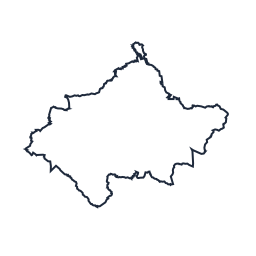 the district of Tala, Jalisco, Mexico, rotated 107°
{"feature_id": "50627088B29347766451470", "entity_name": "Tala", "entity_type": "district", "adm_level": 2, "iso_a3": "MEX", "parent_name": "Mexico", "parent_adm1": "Jalisco", "projection": "equal_earth", "projection_center": [-103.69, 20.61], "detail": "fine", "context": "isolated", "style": "outline", "palette": "slate", "viewbox_px": 256, "rotation_deg": 107, "n_neighbors": 0, "source": "geoboundaries", "source_scale": "gbopen_adm2", "svg_char_len": 5816}
<svg xmlns="http://www.w3.org/2000/svg" viewBox="0 0 256 256"><g transform="rotate(107 128 128)"><path d="M178.7,219.1L179.9,217.4L179.8,216.6L180.6,214.7L182.2,212.3L181.7,211.8L179.3,211.5L180.2,208.7L180.9,207.6L180.5,207.4L178.4,201.5L178.3,199.8L180.0,200.0L180.0,199.6L181.6,198.9L183.2,194.6L182.7,192.6L187.0,190.6L191.7,189.3L185.2,185.8L187.1,181.4L188.2,180.3L190.5,175.5L190.8,174.6L190.4,173.1L191.3,172.1L190.5,171.5L191.5,170.5L191.1,169.4L191.2,169.0L192.1,168.8L192.4,168.4L192.4,167.5L193.6,166.6L194.1,164.7L194.7,163.6L194.8,162.0L196.2,160.9L198.6,160.9L199.1,159.5L200.9,158.9L201.3,157.6L202.1,156.4L201.9,155.7L202.2,154.5L203.3,152.4L205.0,151.7L205.3,150.4L206.2,149.3L206.1,146.9L207.7,144.8L209.1,144.5L211.5,141.3L211.2,140.3L211.8,139.7L212.1,138.5L211.6,136.6L212.2,136.1L212.5,134.5L211.6,134.9L211.4,134.5L211.5,133.2L211.0,132.0L205.7,127.9L202.5,127.4L201.3,126.3L200.7,127.3L198.2,125.6L197.9,124.7L196.6,124.0L195.4,124.2L195.2,125.1L194.0,124.9L193.3,126.5L192.8,126.8L192.8,127.8L192.1,129.1L190.9,129.7L191.0,130.4L190.3,130.2L189.8,130.8L188.1,131.1L187.3,130.5L186.0,130.6L185.8,132.1L185.1,132.7L181.5,133.0L180.6,133.6L178.1,132.6L177.9,131.7L176.9,131.3L176.8,130.1L177.1,129.0L176.3,127.3L176.3,126.5L176.8,126.0L177.0,126.3L177.8,126.0L178.0,125.4L177.3,124.4L178.2,124.3L177.9,122.4L177.4,122.0L177.2,120.3L176.5,119.2L176.1,117.1L176.3,115.6L175.3,113.9L175.6,111.5L175.1,110.7L175.5,109.9L175.1,110.0L175.1,109.5L174.6,109.2L174.0,109.8L173.8,109.4L173.2,109.4L172.9,108.5L172.5,108.6L172.1,108.3L171.9,108.7L171.3,107.8L170.6,108.3L170.6,107.9L169.5,108.0L167.9,106.8L167.5,107.2L167.7,105.3L169.0,105.1L171.8,105.6L172.9,104.3L172.8,103.3L172.0,101.9L170.9,98.8L169.0,98.2L165.3,98.3L165.0,96.2L163.9,95.8L163.4,94.7L164.5,94.1L164.9,93.4L165.6,93.4L166.3,92.3L166.7,92.3L168.1,90.7L168.0,89.2L168.5,88.5L168.7,87.5L168.4,85.8L168.9,85.3L169.0,83.8L169.5,82.6L169.8,82.6L170.2,81.8L169.4,81.0L169.3,79.4L168.5,77.5L169.6,75.9L169.5,74.2L170.1,73.2L169.9,72.1L169.2,71.1L169.9,70.6L169.4,70.2L168.5,68.5L161.8,72.9L159.4,71.9L157.4,71.8L155.2,72.8L153.3,72.9L152.1,72.3L150.7,73.0L149.0,72.4L148.1,71.4L147.4,69.7L147.3,69.0L147.6,68.5L147.3,68.1L147.3,66.0L146.1,65.6L145.6,64.4L145.5,62.8L144.7,60.7L145.4,58.9L145.9,54.7L142.8,55.4L131.0,59.7L129.7,60.9L130.2,59.2L131.3,50.3L130.3,48.1L128.0,47.2L128.2,47.7L126.7,47.7L126.4,48.3L124.5,49.2L121.2,49.5L118.4,48.2L116.2,49.3L112.4,46.2L111.9,46.1L111.7,46.5L110.6,46.0L109.6,46.3L106.9,45.0L105.8,45.4L105.5,46.2L103.9,44.3L103.7,42.1L104.0,40.3L101.9,38.9L101.2,37.8L99.6,36.5L96.6,38.0L96.1,37.9L96.0,37.3L93.9,36.1L90.1,36.8L89.6,37.8L86.4,36.5L85.4,36.5L84.4,37.5L82.5,42.2L82.6,44.9L80.5,46.8L80.2,48.7L79.5,49.6L79.9,50.5L81.2,50.8L82.1,52.4L83.3,52.7L83.3,53.4L82.7,54.2L83.3,55.0L83.4,57.5L83.7,56.0L83.7,57.7L84.5,59.1L86.0,60.1L85.9,64.3L86.5,68.3L87.6,69.6L87.2,71.1L87.5,72.8L88.1,72.8L88.5,72.0L90.6,72.8L90.5,73.6L91.5,74.8L92.3,76.6L92.3,79.3L92.5,79.9L92.1,79.9L91.3,81.5L90.3,82.1L88.9,85.0L87.9,85.3L87.6,86.2L86.7,86.9L84.7,87.8L85.0,88.3L85.8,88.2L86.2,89.9L85.1,90.0L84.8,93.3L87.0,92.9L88.4,97.5L87.3,97.5L87.3,99.3L86.3,98.8L86.7,97.3L85.6,97.7L85.3,97.1L83.9,96.6L83.7,97.8L84.1,98.5L83.2,98.9L82.8,101.7L81.2,103.4L78.4,104.8L78.0,107.0L76.2,107.7L76.4,108.9L75.3,109.1L75.4,110.0L74.3,110.4L74.1,108.6L68.7,111.1L68.8,112.9L64.5,114.8L64.6,116.6L63.5,117.1L63.7,118.8L62.7,119.2L62.3,119.8L61.9,121.4L61.6,121.5L61.1,122.9L60.9,124.5L61.3,126.4L61.3,128.6L60.9,129.0L60.7,127.0L60.2,127.3L60.2,128.5L59.0,129.2L59.3,130.3L58.8,130.7L58.5,129.5L56.6,130.7L56.7,131.8L57.1,132.1L56.7,132.5L54.8,133.7L53.4,133.4L52.9,132.3L52.2,132.4L51.7,134.6L49.7,136.3L48.5,136.6L46.7,138.1L45.3,138.2L44.7,137.8L44.0,139.2L44.3,140.3L45.1,141.0L45.1,141.4L44.0,142.3L43.5,143.4L44.1,144.5L43.8,146.4L44.0,146.1L45.2,146.4L46.3,147.5L47.5,147.1L48.0,147.2L48.0,147.6L48.3,147.2L48.8,147.6L48.9,147.1L49.4,147.1L49.3,146.7L50.0,146.8L50.1,145.2L51.0,144.0L51.5,144.9L52.1,144.4L51.7,143.6L53.4,142.5L53.1,141.8L53.5,141.5L53.3,141.1L54.0,140.6L53.8,139.2L54.1,138.9L54.0,137.6L57.1,134.9L57.4,134.0L58.4,135.7L55.2,138.1L55.4,138.8L54.1,140.6L54.8,140.9L55.2,140.3L56.8,139.6L58.2,140.1L61.2,138.2L61.2,140.0L61.8,139.9L61.7,141.3L62.7,141.2L62.8,142.5L63.3,142.5L63.2,143.6L66.0,146.3L67.1,148.5L68.6,147.6L69.1,148.7L69.6,148.4L69.9,149.4L70.6,149.1L71.2,151.0L72.6,150.4L73.1,152.3L73.8,152.1L74.2,154.3L73.7,154.6L76.4,157.2L77.1,157.1L77.0,157.5L77.9,157.8L77.5,156.0L79.7,155.7L79.6,156.4L80.5,156.1L81.9,154.3L82.2,155.8L83.0,156.4L84.3,157.1L85.2,157.0L86.2,157.9L86.9,157.4L87.4,157.6L87.8,158.4L87.5,159.2L88.2,159.8L88.7,161.4L89.0,161.7L90.7,161.9L91.3,162.5L91.8,162.2L92.9,163.7L95.5,163.4L96.4,164.1L97.2,164.0L97.8,164.7L97.8,165.3L98.9,166.2L102.3,166.1L102.7,166.5L104.1,168.5L105.3,169.5L105.7,173.1L107.1,174.6L107.8,175.9L107.7,176.5L109.4,179.4L109.8,181.3L111.7,183.3L111.8,184.4L111.4,185.3L112.3,186.8L112.4,188.6L114.1,190.6L115.2,192.7L114.8,196.7L115.0,197.2L116.6,197.2L116.8,195.1L118.3,193.5L121.1,191.8L125.5,190.2L125.9,190.0L126.5,190.7L126.9,190.7L126.9,190.3L127.8,191.8L128.9,191.8L128.8,192.9L129.3,193.2L129.4,194.3L128.9,195.1L128.9,197.4L129.8,200.9L129.9,203.1L129.3,203.5L129.6,204.1L129.3,205.4L130.4,206.2L131.3,207.4L138.5,207.3L139.4,206.7L141.3,207.1L141.3,206.2L141.8,206.5L142.0,205.6L143.2,205.9L143.4,205.1L144.0,205.2L144.4,203.8L146.1,205.1L146.5,203.1L147.5,203.9L147.3,204.7L151.7,208.1L153.0,209.6L156.5,211.1L156.0,211.7L155.9,213.0L156.7,215.6L157.7,214.7L158.3,215.5L160.1,216.9L160.3,217.9L160.7,217.4L161.9,218.8L163.4,218.5L165.1,218.8L165.2,218.0L165.9,218.1L166.0,217.2L168.5,217.0L168.8,215.6L172.1,216.7L173.6,216.4L177.2,219.5L177.7,219.2L178.2,219.9L178.4,218.6L178.7,219.1Z" fill="none" stroke="#1e293b" stroke-width="2"/></g></svg>